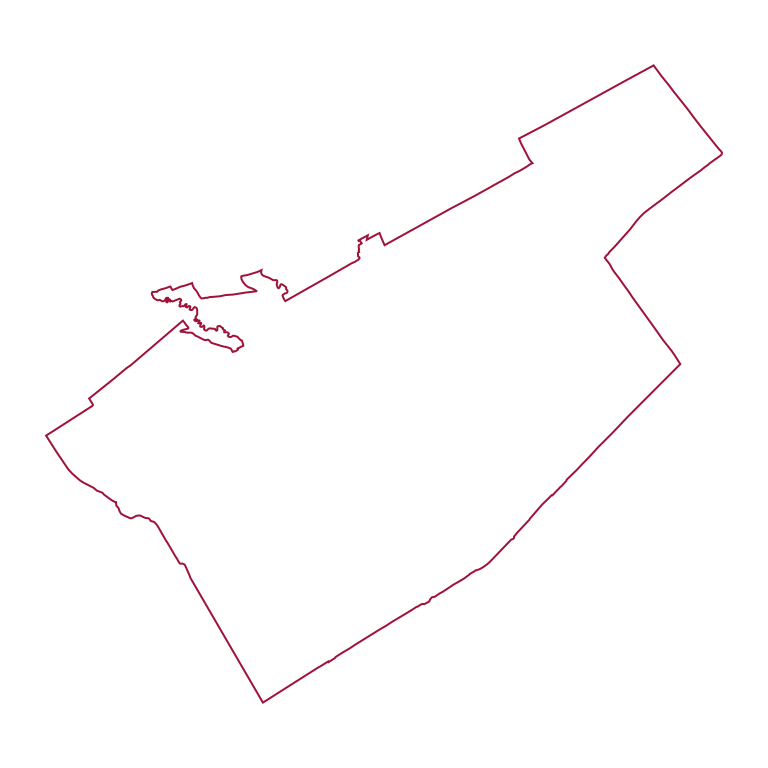 Tatarastii De Sus, Teleorman, Romania
{"feature_id": "2599482B7742173456178", "entity_name": "Tatarastii De Sus", "entity_type": "district", "adm_level": 2, "iso_a3": "ROU", "parent_name": "Romania", "parent_adm1": "Teleorman", "projection": "orthographic", "projection_center": [25.114, 44.405], "detail": "fine", "context": "isolated", "style": "outline", "palette": "rose", "viewbox_px": 768, "rotation_deg": 0, "n_neighbors": 0, "source": "geoboundaries", "source_scale": "gbopen_adm2", "svg_char_len": 6098}
<svg xmlns="http://www.w3.org/2000/svg" viewBox="0 0 768 768"><path d="M156.2,524.0L158.2,527.0L165.1,539.0L168.5,544.5L175.9,557.2L176.7,558.2L179.1,562.6L180.0,563.6L182.3,563.6L184.0,564.2L184.6,564.7L185.2,565.6L189.7,575.8L190.4,577.9L262.9,702.6L317.8,667.7L319.4,666.9L328.3,661.4L328.6,662.1L334.8,658.1L335.4,657.6L335.6,657.0L343.0,652.3L349.8,648.3L355.5,644.5L378.8,630.0L386.0,625.8L392.9,621.3L412.1,609.8L416.3,607.0L417.7,606.6L421.1,604.4L422.4,603.9L424.4,604.1L428.4,602.0L429.5,601.0L430.0,599.6L431.4,597.8L431.9,597.3L433.6,596.9L434.8,596.8L435.2,596.4L439.4,593.6L442.7,591.8L453.6,584.6L463.8,578.7L469.1,574.8L469.6,574.1L474.6,571.2L475.6,570.3L476.3,570.3L479.8,569.1L483.1,567.2L487.4,564.1L490.5,561.2L511.2,539.6L513.4,538.8L514.0,537.8L514.1,536.4L516.1,534.2L516.7,533.2L529.5,519.6L529.9,518.7L542.2,504.5L549.0,497.9L551.6,495.2L552.3,495.4L552.9,494.7L553.1,494.7L556.0,491.5L559.4,488.1L560.1,487.2L560.9,486.7L565.7,481.6L566.4,480.8L566.5,480.1L567.1,479.3L577.3,469.4L582.9,463.4L589.0,457.2L598.7,446.6L611.6,433.8L627.7,416.8L680.3,364.1L674.8,355.5L672.0,351.4L670.1,348.9L663.3,340.4L653.7,326.8L632.5,297.4L628.4,291.2L624.4,285.8L619.5,278.8L614.0,271.6L612.4,269.2L609.5,263.9L604.8,257.9L605.8,256.2L606.5,255.4L608.4,253.7L608.9,252.6L614.8,246.5L630.1,229.3L636.1,221.5L639.9,217.1L644.0,213.0L648.9,209.2L663.5,198.3L672.3,191.4L691.3,177.1L701.3,170.0L704.4,167.4L708.0,164.9L709.3,163.6L713.0,160.9L719.5,156.3L721.0,155.1L721.8,154.2L721.9,152.4L720.4,150.5L719.5,149.7L716.0,145.5L700.2,125.8L694.5,118.4L687.6,109.1L674.0,92.0L668.6,84.9L661.6,76.3L653.6,65.4L624.9,81.0L544.7,125.1L519.0,138.5L520.9,143.1L529.4,159.6L532.5,163.2L530.8,163.9L526.0,167.1L519.4,171.0L514.3,173.4L509.0,176.8L502.3,180.5L500.9,181.4L499.9,181.8L474.9,195.8L451.0,208.4L384.6,245.2L381.7,238.6L379.5,233.0L372.3,236.7L366.8,239.8L367.8,235.3L358.4,240.4L358.6,240.9L358.9,241.1L360.1,240.8L361.7,243.4L359.0,245.0L358.7,245.7L358.8,248.2L359.2,249.3L358.8,250.0L358.7,250.4L359.2,252.0L358.2,252.6L357.9,252.9L357.9,253.6L358.1,256.3L358.3,256.6L359.4,257.3L359.5,258.3L359.4,258.6L358.0,259.9L355.2,261.7L351.2,263.5L330.8,275.3L285.3,301.1L284.2,299.5L282.9,296.8L282.5,295.3L282.8,294.8L284.9,293.5L286.7,293.0L287.4,292.1L287.5,291.2L287.4,290.7L286.1,288.9L286.1,287.7L285.7,286.9L282.7,284.7L282.0,284.4L281.2,284.2L280.5,284.6L279.9,286.7L279.3,287.7L278.5,288.2L278.3,288.2L277.8,287.7L277.3,286.6L276.7,284.5L276.7,284.0L277.3,282.1L277.2,280.9L276.8,280.3L276.1,280.1L273.9,280.2L272.9,280.0L268.8,277.7L263.4,275.8L262.1,274.7L261.2,273.2L261.1,271.9L261.5,270.1L257.6,271.9L251.5,273.8L246.6,275.2L243.7,275.6L241.8,276.1L241.2,276.5L241.4,278.5L241.6,279.5L243.2,282.3L245.3,284.9L247.6,286.7L249.2,287.5L251.2,288.1L253.6,289.2L255.6,290.3L256.4,291.0L256.2,291.3L255.4,291.4L246.2,292.5L232.8,294.6L226.0,295.0L219.7,296.3L209.7,297.1L207.2,297.8L205.4,297.8L202.5,298.5L201.4,298.3L200.7,297.8L198.9,295.3L197.1,291.9L195.5,289.8L194.0,288.2L192.7,285.5L192.1,283.1L185.9,285.3L179.9,286.9L175.3,289.0L172.4,290.0L171.4,288.5L170.5,286.6L170.1,286.5L165.9,288.1L160.8,289.5L158.5,290.4L158.0,290.7L157.3,291.7L152.4,292.0L151.9,293.1L151.8,294.0L152.5,295.5L153.1,296.3L153.3,297.4L154.9,298.9L157.3,300.2L158.0,300.3L159.4,299.9L160.0,300.0L162.0,301.2L163.0,301.3L164.2,300.9L164.9,300.3L166.2,298.0L166.7,297.8L168.0,297.8L168.3,298.4L167.0,300.0L166.3,301.3L166.3,302.0L166.9,302.4L167.4,302.2L168.9,299.8L169.4,299.3L169.8,299.5L170.1,299.9L170.2,300.2L169.8,301.0L170.0,301.4L170.4,301.4L171.2,300.8L172.1,301.4L172.5,301.5L179.6,298.7L181.0,299.5L181.3,300.2L181.1,300.6L180.1,301.8L179.9,302.3L180.0,302.7L180.5,303.5L180.3,304.2L179.6,304.9L179.4,305.4L179.5,306.0L180.0,306.6L180.7,306.6L182.1,306.1L183.8,306.1L185.5,304.3L186.2,304.0L186.5,304.1L186.6,304.5L185.7,306.4L185.8,306.8L186.5,307.4L187.0,307.4L187.5,307.2L188.3,306.4L189.0,306.0L190.1,306.3L190.4,306.9L189.6,309.2L189.7,309.5L190.2,309.9L191.5,310.1L192.2,309.8L192.7,309.4L193.9,307.6L194.5,307.1L195.9,307.5L196.5,308.0L196.9,308.8L197.2,310.5L197.2,314.5L195.9,316.5L195.5,317.4L195.8,318.3L196.8,319.4L196.5,319.6L194.7,319.5L194.3,319.7L194.3,320.1L194.7,320.6L195.8,321.1L196.8,321.1L199.1,320.4L199.5,320.6L199.5,320.9L198.3,323.2L199.0,323.4L200.7,322.8L201.2,323.1L201.2,323.6L200.3,325.2L200.1,326.0L200.2,326.5L201.0,326.9L201.8,326.9L202.7,326.5L203.6,325.5L203.9,325.5L204.2,325.9L204.5,326.8L204.1,328.4L204.1,329.3L204.4,329.8L205.6,330.5L206.6,330.5L208.6,328.7L210.5,328.3L211.4,328.6L214.7,328.8L215.1,329.1L215.8,330.3L216.4,330.7L216.9,330.6L217.3,330.0L217.4,329.4L217.3,327.2L217.5,326.5L219.1,325.9L220.2,326.2L221.5,327.3L222.9,328.1L223.0,328.4L222.8,328.9L223.2,329.5L224.9,330.4L224.1,331.8L224.2,332.2L225.0,332.4L226.8,332.2L227.8,332.5L228.7,333.3L228.9,333.9L227.8,335.7L227.9,336.0L228.7,336.7L230.0,337.1L230.8,337.0L231.8,336.6L233.0,335.7L234.4,335.8L237.4,336.8L238.2,337.5L238.8,338.4L240.0,339.4L240.7,340.3L241.7,340.4L242.1,341.2L243.2,344.8L243.3,345.8L241.1,346.7L238.8,348.0L237.8,348.3L237.6,348.5L237.9,349.2L237.9,349.7L235.6,351.2L235.1,351.4L234.2,351.2L233.4,351.8L232.8,352.0L232.3,351.5L231.5,349.6L230.9,348.8L230.3,348.4L228.0,347.5L221.9,346.1L211.5,342.9L210.2,341.7L209.4,340.6L208.3,339.8L207.7,339.7L205.6,340.2L203.4,339.6L197.9,336.7L195.2,335.5L193.5,333.9L192.2,332.9L190.3,332.6L187.7,332.7L185.8,332.4L185.0,332.0L181.4,331.8L180.6,331.6L180.5,331.2L180.7,330.8L183.2,329.8L187.1,328.9L188.2,328.4L188.4,327.9L188.3,327.4L188.0,327.0L185.8,324.6L185.2,323.5L182.9,320.6L130.8,365.2L126.7,368.0L112.5,379.8L89.1,398.5L92.6,404.0L92.9,405.1L92.2,406.0L46.1,435.6L56.8,452.4L68.2,469.2L72.3,473.7L80.1,480.5L82.7,482.2L93.9,488.0L96.8,490.6L102.4,492.7L103.9,494.5L109.0,498.3L112.5,500.7L115.2,502.1L116.0,502.1L116.3,505.6L117.7,507.1L118.2,507.8L118.8,508.8L119.6,511.3L121.1,513.7L124.5,515.7L130.2,518.2L131.0,518.4L133.0,517.7L136.1,515.9L137.8,515.6L140.1,515.5L144.8,517.8L148.8,518.4L149.4,518.9L150.6,520.8L151.0,521.1L153.9,521.8L156.2,524.0Z" fill="none" stroke="#9f1239" stroke-width="2"/></svg>